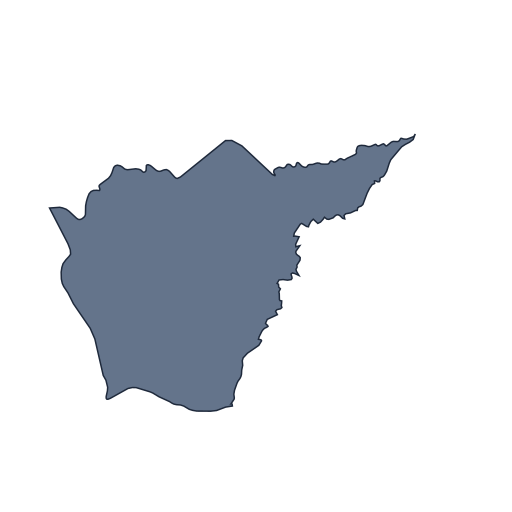 an SVG outline of Nana-Grébizi, rotated 70°
{"feature_id": "CAF-807", "entity_name": "Nana-Grébizi", "entity_type": "Economic Prefecture", "adm_level": 1, "iso_a3": "CAF", "parent_name": "Central African Republic", "parent_adm1": "", "projection": "albers", "projection_center": [19.251, 7.51], "detail": "fine", "context": "isolated", "style": "filled", "palette": "slate", "viewbox_px": 512, "rotation_deg": 70, "n_neighbors": 0, "source": "natural_earth", "source_scale": "10m", "svg_char_len": 4402}
<svg xmlns="http://www.w3.org/2000/svg" viewBox="0 0 512 512"><g transform="rotate(70 256 256)"><path d="M195.8,64.6L200.3,68.5L201.6,72.8L202.2,77.5L203.2,81.8L211.6,96.4L214.3,99.0L220.9,104.1L223.7,107.4L224.4,108.5L224.8,109.4L224.9,110.3L224.9,111.7L225.4,113.0L227.7,113.8L228.4,114.9L227.8,116.5L226.3,117.9L225.9,119.0L228.4,119.7L228.6,122.4L231.3,126.2L235.0,130.1L244.2,138.0L245.1,140.4L245.0,142.3L245.5,143.9L247.8,145.3L247.3,146.9L247.8,152.5L247.0,157.3L248.0,159.4L251.5,159.9L250.2,161.7L246.7,163.4L245.3,164.8L245.0,166.6L245.5,168.3L246.5,170.4L246.5,175.0L245.6,176.8L243.0,178.4L244.5,180.5L246.2,183.8L246.5,186.8L241.0,189.6L242.4,192.7L245.1,195.7L246.5,196.7L245.5,198.4L241.0,201.9L241.2,203.5L247.5,212.1L250.3,213.8L250.7,212.4L252.7,208.9L258.5,214.7L260.9,215.4L261.3,211.3L265.0,216.6L266.0,217.4L268.1,217.4L269.7,216.5L271.1,215.5L272.7,215.0L275.0,216.1L278.6,220.8L280.5,221.2L282.2,223.0L284.2,223.2L289.0,222.3L285.8,225.5L284.4,227.5L284.8,229.1L285.9,229.4L287.6,229.4L289.2,229.7L290.2,230.9L289.5,234.6L287.4,238.6L286.4,242.5L289.0,245.6L290.2,244.5L293.0,245.3L295.2,244.3L297.5,246.8L299.3,247.0L305.0,248.9L306.1,248.7L307.0,247.2L308.9,248.0L311.3,249.2L313.3,249.3L314.0,251.0L313.6,254.7L314.6,256.5L318.4,256.0L319.4,267.1L322.5,270.1L323.9,269.6L325.2,268.8L326.3,268.8L326.7,270.6L326.8,272.1L327.0,273.1L327.8,274.8L328.8,276.3L333.0,280.7L335.1,282.2L336.1,280.5L336.8,279.8L337.6,279.8L340.9,283.9L344.4,297.3L347.3,302.9L349.7,304.7L354.2,305.9L358.2,308.4L362.2,310.1L364.2,311.5L365.6,313.0L367.6,315.9L369.2,317.5L374.8,322.1L378.3,324.1L381.9,324.9L383.0,325.5L386.2,329.8L386.2,329.2L387.4,329.2L388.9,329.5L387.6,336.2L387.7,345.9L386.3,351.7L381.5,364.6L379.4,368.3L377.2,371.2L372.3,375.2L370.1,378.0L368.5,381.6L367.0,383.9L365.3,385.5L363.4,386.9L355.0,395.4L349.5,399.8L347.5,401.9L338.7,413.6L337.3,417.2L336.7,421.6L339.9,441.5L340.0,443.7L339.7,444.9L339.3,445.3L338.3,445.4L336.7,444.8L332.0,441.8L328.7,440.3L321.4,439.5L316.0,440.4L278.9,435.8L267.3,436.5L238.4,443.9L226.4,445.3L219.0,447.1L215.5,447.4L211.1,446.8L204.5,444.6L200.3,442.3L197.2,439.9L194.6,436.0L192.5,431.9L190.9,429.6L186.7,428.4L180.1,428.5L140.3,433.6L143.1,423.8L144.6,421.4L147.1,418.4L150.2,416.3L159.2,411.7L160.8,410.5L161.5,409.0L161.6,407.2L160.8,404.6L159.9,403.1L158.7,402.1L150.5,398.9L146.8,396.7L143.4,394.2L140.4,391.5L139.0,388.9L138.8,386.3L139.7,383.4L140.9,380.7L140.4,380.1L139.5,379.8L137.4,379.7L136.7,379.6L136.0,379.1L135.4,377.8L132.5,368.0L130.8,365.2L128.4,362.8L124.1,359.4L123.1,357.4L123.2,355.3L124.8,352.7L126.5,351.3L129.4,349.6L130.3,348.4L131.0,347.2L132.9,339.2L134.4,336.4L135.7,334.9L138.2,333.6L139.0,332.8L139.0,331.6L138.2,330.1L133.5,328.1L133.1,327.2L133.4,326.0L134.9,324.3L136.3,323.4L141.0,320.7L142.2,319.7L143.0,318.7L143.5,317.6L143.7,316.2L143.6,313.6L143.8,312.0L144.2,310.5L145.6,309.2L146.9,308.3L154.0,305.5L155.3,304.7L156.2,303.5L155.9,299.9L137.1,245.2L139.2,239.2L147.7,231.6L184.9,212.8L186.9,210.8L186.5,210.3L185.7,210.4L185.0,210.6L184.3,210.7L183.6,210.7L182.8,210.5L182.1,210.1L181.4,209.5L181.0,208.7L180.5,205.7L180.4,204.7L180.6,203.5L181.3,202.4L182.5,200.8L182.7,199.9L182.7,198.8L182.3,197.7L181.1,196.1L180.7,195.3L180.8,194.3L181.6,192.9L182.5,192.3L184.1,191.5L184.5,191.2L185.0,190.7L185.3,190.0L185.4,189.0L185.0,187.9L184.5,187.4L182.9,186.3L182.5,185.7L182.4,185.0L183.0,184.2L183.7,183.8L186.4,182.6L187.2,182.2L188.5,181.0L189.0,180.3L189.5,179.5L189.7,178.6L189.6,177.7L188.9,176.7L188.4,175.8L188.3,174.6L189.3,171.6L189.4,170.2L189.4,168.1L189.6,166.5L190.6,164.5L191.5,163.7L192.2,162.6L194.0,157.8L194.2,156.6L193.6,155.2L192.9,154.4L192.3,153.6L192.4,152.7L193.3,151.7L194.1,151.0L194.6,150.0L194.7,148.8L194.3,147.1L193.5,144.9L193.4,144.0L193.5,143.0L194.5,141.9L195.3,141.2L195.8,140.3L196.0,139.4L195.6,138.2L195.3,136.6L194.5,127.8L193.8,126.5L193.1,126.2L192.2,126.1L191.4,125.8L190.7,125.4L188.6,123.8L188.0,123.1L187.7,122.2L187.7,120.8L188.1,119.0L189.5,115.9L191.4,113.4L191.9,112.2L192.2,110.4L191.9,106.4L192.0,105.3L192.8,104.8L193.7,104.4L194.3,103.7L194.5,102.5L194.1,99.0L194.2,97.8L195.2,97.0L196.2,96.7L197.0,96.2L197.2,95.4L195.4,90.2L195.2,89.0L195.3,87.7L196.7,84.4L197.0,83.2L196.6,81.8L195.3,80.2L195.0,79.7L195.1,79.2L195.5,78.6L196.6,77.2L197.3,75.6L197.8,74.3L197.7,66.9L195.8,64.6Z" fill="#64748b" stroke="#1e293b" stroke-width="1.5"/></g></svg>